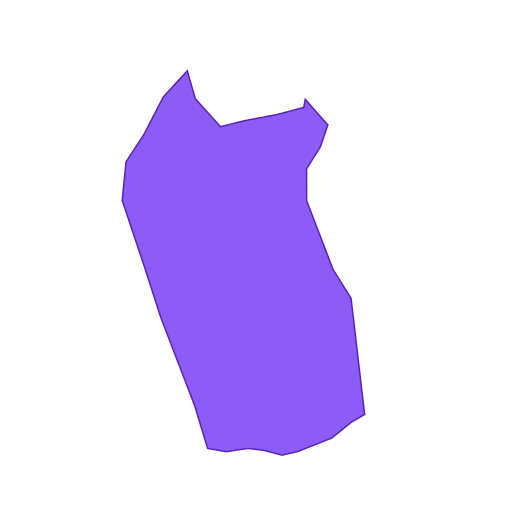 the district of Sasang-gu, Busan, South Korea, rotated 339°
{"feature_id": "91817680B50207003035", "entity_name": "Sasang-gu", "entity_type": "district", "adm_level": 2, "iso_a3": "KOR", "parent_name": "South Korea", "parent_adm1": "Busan", "projection": "equal_earth", "projection_center": [128.994, 35.156], "detail": "fine", "context": "isolated", "style": "filled", "palette": "violet", "viewbox_px": 512, "rotation_deg": 339, "n_neighbors": 0, "source": "geoboundaries", "source_scale": "gbopen_adm2", "svg_char_len": 671}
<svg xmlns="http://www.w3.org/2000/svg" viewBox="0 0 512 512"><g transform="rotate(339 256 256)"><path d="M258.2,58.5L226.6,74.2L194.6,102.6L168.4,121.5L151.0,156.2L148.0,225.6L145.1,279.2L145.1,313.9L145.1,354.9L145.1,373.8L141.9,418.3L158.4,428.2L167.7,430.1L179.6,432.8L193.6,440.2L208.9,451.2L224.5,453.5L261.3,453.1L285.5,445.3L299.5,443.0L300.6,443.0L329.6,329.5L323.1,296.2L323.1,292.7L323.1,261.1L323.1,222.5L334.5,192.7L355.5,176.9L369.6,159.9L370.1,159.4L370.0,159.2L369.8,158.8L358.1,127.4L357.5,128.5L353.9,134.3L352.9,134.2L352.8,134.3L325.9,131.4L293.5,125.5L269.2,122.6L255.7,87.5L258.2,58.5Z" fill="#8b5cf6" stroke="#5b21b6" stroke-width="1.5"/></g></svg>